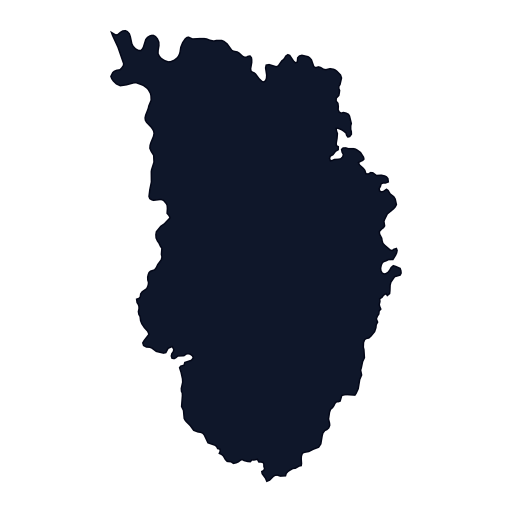 Pompéu, Minas Gerais, Brazil (Natural Earth projection)
{"feature_id": "56859067B66149480204600", "entity_name": "Pompéu", "entity_type": "district", "adm_level": 2, "iso_a3": "BRA", "parent_name": "Brazil", "parent_adm1": "Minas Gerais", "projection": "natural_earth1", "projection_center": [-44.93, -19.146], "detail": "fine", "context": "isolated", "style": "filled", "palette": "ink", "viewbox_px": 512, "rotation_deg": 0, "n_neighbors": 0, "source": "geoboundaries", "source_scale": "gbopen_adm2", "svg_char_len": 5994}
<svg xmlns="http://www.w3.org/2000/svg" viewBox="0 0 512 512"><path d="M136.6,299.2L137.1,302.6L138.4,304.6L139.0,306.6L139.0,308.9L138.4,311.6L138.9,314.4L140.1,316.5L140.6,320.6L141.8,323.7L144.4,327.6L147.7,331.2L149.0,334.3L144.2,340.5L142.8,342.9L143.6,345.5L146.4,347.0L149.7,347.2L151.8,348.0L156.3,351.4L163.5,353.1L165.8,352.6L168.1,348.3L172.3,346.5L173.9,349.7L173.1,352.1L171.9,353.6L171.3,356.0L172.0,358.2L174.1,358.6L175.7,357.8L177.8,356.0L183.9,355.7L186.6,353.8L189.3,353.8L191.2,354.8L192.6,356.0L193.3,357.9L191.4,360.3L184.8,362.5L184.1,365.2L180.7,366.2L179.6,367.7L181.1,372.4L182.5,378.8L182.7,382.2L181.3,388.5L181.5,391.3L182.3,393.0L182.4,395.7L181.6,406.5L183.5,410.4L184.2,418.4L185.1,420.1L186.2,421.5L190.3,425.6L193.7,430.3L197.9,431.9L200.6,432.3L202.7,433.1L204.2,434.8L208.0,442.8L215.0,445.2L216.6,446.5L217.7,448.6L219.8,449.0L220.3,451.0L219.3,453.4L221.6,454.4L223.4,456.0L225.4,459.5L227.2,461.4L231.2,461.8L233.4,463.4L236.1,462.8L238.4,461.8L240.4,460.2L242.1,459.5L244.2,460.6L247.8,461.5L250.3,461.7L251.9,459.9L253.9,460.0L257.4,459.3L258.9,462.0L260.9,462.0L263.1,462.4L263.9,464.3L263.9,466.4L264.6,468.8L263.6,470.6L261.8,471.5L262.2,473.7L265.5,478.2L266.8,481.3L269.6,480.1L273.4,476.3L275.1,475.3L277.4,475.1L280.3,476.1L285.5,475.8L286.2,473.4L287.9,471.5L289.7,470.3L292.8,468.5L295.4,468.2L299.2,466.0L301.2,465.6L301.5,463.6L301.2,458.8L301.4,456.0L302.4,453.2L304.4,452.3L308.8,451.5L313.3,449.2L318.6,447.2L320.8,443.9L322.2,435.5L322.9,433.0L324.8,430.5L326.8,429.6L328.7,427.9L329.7,425.3L329.5,423.1L328.5,419.0L329.5,412.2L330.5,409.4L332.6,407.5L333.9,405.6L334.9,403.4L336.6,401.7L338.4,401.7L340.1,401.1L341.8,395.4L344.8,394.7L347.2,394.6L354.9,395.1L356.1,393.3L358.2,388.7L359.7,379.5L361.6,375.0L360.6,370.1L361.3,367.8L362.6,361.6L364.4,357.7L363.9,349.7L363.3,347.2L363.5,342.5L364.7,339.5L366.5,338.4L368.8,338.0L371.0,336.0L374.6,331.6L375.9,327.7L376.2,324.7L377.6,322.1L376.3,318.9L377.4,316.1L378.8,314.0L379.1,311.0L380.8,309.1L379.8,306.8L379.2,304.6L379.9,301.6L379.7,298.7L381.9,297.4L383.5,295.2L386.1,293.6L387.3,295.5L389.6,293.6L389.9,290.8L390.1,285.1L390.9,282.1L394.6,276.7L400.1,275.1L401.1,273.1L400.9,270.8L400.1,268.4L395.8,266.5L393.3,265.7L391.2,267.5L389.9,269.9L388.2,272.2L386.0,273.6L384.2,274.0L382.2,273.1L380.9,270.8L380.6,268.2L381.2,265.3L382.0,263.3L383.3,261.8L386.3,260.7L388.5,259.6L392.9,259.5L395.5,255.3L396.6,252.9L397.1,250.4L396.4,248.5L393.8,249.3L392.2,250.6L390.3,250.1L384.8,245.4L382.9,243.4L382.1,240.8L381.7,238.2L379.6,234.2L379.3,231.6L381.5,229.1L383.5,227.6L384.6,225.9L383.9,221.3L384.6,219.4L387.3,213.9L393.5,208.8L395.2,206.9L396.4,204.6L395.2,199.1L393.8,196.8L390.1,193.9L388.1,190.5L386.5,189.3L383.4,191.5L381.2,191.9L379.6,190.9L379.1,188.7L380.4,186.4L381.1,183.8L383.0,183.0L385.4,183.0L388.3,181.9L387.9,178.6L386.5,176.9L384.8,176.0L381.3,175.2L376.4,175.5L372.8,172.8L370.6,172.6L368.5,174.0L365.9,173.8L364.8,170.3L363.3,168.4L359.5,165.0L358.4,162.6L360.6,161.3L362.7,160.4L363.9,159.1L363.5,157.2L360.5,152.5L357.2,150.1L355.4,149.1L353.6,148.7L348.3,148.7L345.8,147.9L343.1,148.0L341.6,149.4L342.1,152.1L343.4,154.5L342.7,156.9L340.7,158.9L338.3,159.3L334.4,159.5L332.3,160.5L330.4,160.8L329.5,158.3L330.3,156.1L332.9,154.7L335.5,151.3L338.2,149.7L338.3,146.7L336.4,145.7L336.2,143.3L337.0,138.5L337.4,133.6L336.5,131.0L336.1,128.4L337.6,128.1L341.4,129.6L343.6,131.0L346.0,133.0L346.7,135.4L347.9,137.0L349.7,136.5L351.4,134.2L351.3,131.6L350.7,129.4L350.7,125.8L351.3,123.5L349.5,116.1L348.4,114.3L346.0,113.1L343.3,112.5L341.1,113.2L339.1,111.9L338.1,109.7L338.3,106.6L337.9,103.3L336.1,101.1L336.2,98.2L338.8,95.4L339.3,92.8L339.6,90.4L338.8,88.6L338.8,86.4L340.0,84.5L341.5,78.0L340.5,75.0L336.9,71.3L335.2,70.0L333.6,69.3L330.1,68.7L325.9,69.7L323.5,69.3L320.6,67.5L318.4,66.9L315.7,67.7L313.8,66.7L311.4,59.8L309.5,57.7L308.0,56.7L301.9,55.3L299.4,56.0L297.7,57.8L297.3,62.1L295.4,62.8L293.6,61.2L289.7,55.4L287.8,54.7L285.8,56.1L284.8,57.9L283.6,59.5L281.8,60.9L278.3,65.9L276.3,66.8L269.1,64.6L266.2,65.1L265.6,67.9L266.7,75.1L266.5,78.3L265.6,80.6L263.8,82.0L262.1,81.6L259.0,78.7L255.5,74.0L254.0,72.8L252.4,72.2L251.0,71.1L250.6,68.7L251.7,62.5L251.7,59.7L251.4,57.7L250.0,56.0L247.9,56.4L246.3,57.3L244.4,57.2L242.6,56.3L239.1,53.1L237.3,52.0L233.4,51.2L231.8,50.4L227.1,43.9L223.9,41.4L221.7,40.5L216.3,40.5L213.8,41.1L209.7,40.2L206.7,39.0L204.1,38.6L199.9,38.6L192.5,39.0L188.5,37.2L187.0,37.5L185.3,38.8L182.7,42.6L180.8,47.3L180.1,52.0L179.5,54.1L178.5,56.2L177.3,57.8L174.3,60.2L170.7,61.7L168.3,61.9L164.8,60.7L162.9,59.6L160.8,58.1L159.2,56.1L158.0,53.6L158.1,50.5L158.9,45.7L158.8,42.2L157.4,38.9L155.5,36.6L153.4,35.4L151.8,35.4L150.0,35.9L147.5,37.4L145.8,39.5L143.4,47.2L142.4,49.0L140.9,50.6L138.2,50.4L135.4,48.8L133.0,46.2L131.8,43.8L130.3,36.7L129.3,33.8L127.3,31.6L125.4,30.7L122.7,31.0L120.4,32.4L117.6,34.8L115.5,34.9L111.5,32.5L112.6,35.5L118.0,47.2L123.7,63.7L123.4,65.6L121.9,67.8L120.0,69.8L116.7,70.3L114.3,71.3L112.8,72.6L110.9,76.4L111.8,78.7L113.4,81.0L116.4,83.9L120.3,85.7L126.4,84.8L133.8,82.8L136.2,82.7L140.9,84.4L143.4,85.4L146.8,87.9L148.3,89.5L150.4,93.2L151.0,95.7L151.2,100.2L148.8,106.0L148.4,108.0L147.6,110.3L145.7,115.1L145.1,117.9L145.4,120.2L146.6,122.3L151.3,127.2L152.7,129.2L153.6,130.9L154.1,133.3L153.5,136.4L150.9,142.7L150.1,145.4L149.9,148.3L151.2,151.3L153.7,155.3L154.0,162.2L151.6,169.7L151.3,171.6L151.4,182.0L149.8,189.9L149.0,196.4L149.8,198.6L151.6,199.7L153.4,200.3L160.0,199.5L161.7,199.6L163.6,200.4L166.4,203.7L167.2,205.5L167.4,208.6L167.1,213.3L169.0,215.5L170.1,217.8L164.3,223.9L160.8,226.3L156.4,231.7L155.9,234.6L156.1,237.9L157.5,241.0L158.9,242.9L160.6,246.5L161.9,248.2L161.4,254.3L162.0,257.0L161.3,259.8L157.8,264.5L156.4,267.5L154.6,269.9L150.5,271.2L149.1,272.5L148.3,274.5L147.7,277.0L147.8,280.0L148.5,282.3L148.4,284.2L147.8,286.4L146.7,288.7L142.2,291.8L140.7,293.9L140.3,296.9L139.0,298.4L136.6,299.2Z" fill="#0f172a" stroke="#020617" stroke-width="1.5"/></svg>